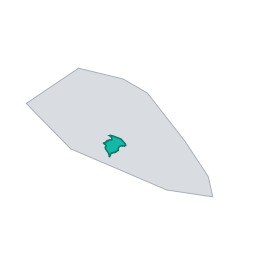 location of Errard, Praslin, Saint Lucia, rotated 111°
{"feature_id": "8701671B19150990882958", "entity_name": "Errard", "entity_type": "district", "adm_level": 2, "iso_a3": "LCA", "parent_name": "Saint Lucia", "parent_adm1": "Praslin", "projection": "natural_earth1", "projection_center": [-60.937, 13.893], "detail": "fine", "context": "in_parent", "style": "filled", "palette": "teal", "viewbox_px": 256, "rotation_deg": 111, "n_neighbors": 0, "source": "geoboundaries", "source_scale": "gbopen_adm2", "svg_char_len": 2290}
<svg xmlns="http://www.w3.org/2000/svg" viewBox="0 0 256 256"><g transform="rotate(111 128 128)"><path d="M168.0,174.1L141.5,231.8L89.9,195.6L84.0,150.0L88.5,122.4L120.1,69.8L144.7,35.6L161.9,24.2L172.0,69.6L168.0,174.1Z" fill="#d9dde1" stroke="#a8b0b8" stroke-width="1"/><path d="M151.2,144.7L152.1,142.0L152.3,142.0L152.8,141.9L154.1,142.4L154.5,142.2L155.2,141.8L155.6,141.3L155.9,140.8L156.8,139.9L157.1,139.0L158.1,137.7L158.4,137.4L158.7,137.1L158.9,136.9L159.6,136.1L159.8,136.1L160.0,136.1L160.4,135.7L160.7,135.6L160.9,135.5L161.1,135.5L161.3,134.8L157.4,134.7L157.2,134.6L157.3,134.4L157.2,134.2L157.0,133.9L157.0,133.7L156.9,133.7L156.7,133.5L156.7,133.4L156.5,133.2L156.4,133.1L156.3,132.9L156.3,132.7L156.2,132.6L155.9,132.5L155.8,132.4L155.7,132.4L155.7,132.2L155.7,131.9L155.8,131.8L155.8,131.7L155.7,131.6L155.4,131.4L155.2,131.3L155.0,131.0L155.0,130.9L154.9,130.9L154.8,130.7L154.7,130.6L154.4,130.6L154.2,130.7L154.0,130.4L153.9,130.2L153.7,130.0L153.4,129.9L153.2,129.9L152.9,129.8L152.9,129.7L152.7,129.6L152.5,129.4L152.5,129.2L152.4,129.0L151.9,129.2L150.6,129.8L149.1,129.6L148.1,129.1L147.0,127.8L146.4,126.8L146.4,126.6L146.4,126.2L146.5,126.2L146.2,125.8L146.2,125.3L146.3,124.8L145.4,124.5L145.1,123.9L143.9,124.6L140.8,130.6L140.8,139.8L141.1,141.1L141.1,141.6L141.6,142.4L141.6,142.2L141.6,141.9L141.7,141.7L141.8,141.7L141.7,141.5L141.7,141.4L141.8,141.4L142.0,141.1L142.3,140.9L142.4,140.7L142.5,140.6L142.5,140.4L142.6,140.2L142.7,139.9L144.7,138.8L144.8,138.8L144.8,139.0L145.0,139.2L145.1,139.3L145.1,139.5L145.3,139.9L145.4,140.2L145.5,140.2L145.6,140.3L145.7,140.5L145.8,140.6L145.7,140.8L145.7,141.0L145.8,141.1L146.0,141.2L146.1,141.3L146.2,141.5L146.3,141.6L146.4,141.8L146.4,142.0L146.5,142.0L146.8,142.3L147.0,142.3L147.1,142.2L147.3,142.0L147.5,142.0L147.7,142.3L147.7,142.5L147.8,142.6L148.0,142.7L148.0,142.8L147.9,143.0L147.8,143.3L148.0,143.4L148.1,143.5L148.3,143.6L148.4,143.4L148.5,143.4L148.8,143.3L148.9,143.2L149.0,143.2L149.1,143.3L149.3,143.4L149.5,143.3L149.6,143.5L149.8,143.7L149.9,143.8L149.9,144.0L150.0,144.0L150.2,144.3L150.3,144.4L150.3,144.5L150.3,144.9L150.4,145.0L150.5,145.0L150.7,145.3L150.8,145.3L151.0,145.3L151.0,145.2L151.1,144.9L151.2,144.7L151.2,144.7Z" fill="#14b8a6" stroke="#0f766e" stroke-width="1.5"/></g></svg>